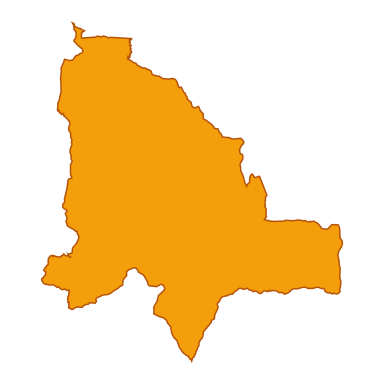 La Calera, Cundinamarca, Colombia (Natural Earth projection)
{"feature_id": "7082276B16624881870265", "entity_name": "La Calera", "entity_type": "district", "adm_level": 2, "iso_a3": "COL", "parent_name": "Colombia", "parent_adm1": "Cundinamarca", "projection": "natural_earth1", "projection_center": [-73.929, 4.707], "detail": "fine", "context": "isolated", "style": "filled", "palette": "amber", "viewbox_px": 384, "rotation_deg": 0, "n_neighbors": 0, "source": "geoboundaries", "source_scale": "gbopen_adm2", "svg_char_len": 5834}
<svg xmlns="http://www.w3.org/2000/svg" viewBox="0 0 384 384"><path d="M332.2,224.6L330.9,225.5L327.7,229.0L324.6,229.2L321.5,228.4L320.7,226.8L317.5,223.1L315.5,222.3L314.2,221.3L313.2,221.2L311.8,221.8L310.3,221.3L309.5,221.8L307.2,221.7L305.3,220.6L303.4,220.8L299.4,220.0L298.0,220.4L296.6,220.0L295.4,220.5L291.8,220.7L285.6,220.3L283.3,221.2L277.6,221.2L275.7,221.5L270.4,221.2L269.3,220.6L267.2,220.6L265.3,219.5L264.5,219.7L264.9,218.5L266.5,216.6L266.0,215.8L266.2,209.1L265.6,207.7L264.6,206.5L265.5,205.1L264.9,203.6L265.0,201.5L265.5,200.1L265.3,197.4L266.9,195.3L259.6,176.5L259.0,176.2L256.2,177.4L254.7,177.6L253.0,175.0L251.9,174.0L250.5,175.6L249.9,177.0L249.6,179.4L249.7,181.3L249.4,182.4L247.7,184.1L246.6,186.4L244.9,182.7L242.9,175.3L240.7,170.6L240.5,166.8L239.9,164.3L242.8,159.0L242.7,155.1L242.1,154.3L241.1,154.2L240.0,153.1L239.6,150.1L239.9,148.7L241.4,145.6L243.2,144.0L243.8,142.8L243.5,141.1L242.5,140.4L241.9,139.2L241.2,138.6L239.8,138.4L233.4,139.1L231.0,138.5L229.1,137.6L222.4,137.1L221.4,134.3L219.1,131.9L218.0,128.9L214.6,128.4L212.7,125.5L210.9,123.8L205.4,119.8L203.6,119.1L203.2,115.9L203.3,114.0L200.3,110.7L198.9,107.0L198.1,106.4L194.8,108.0L192.1,106.6L191.1,102.3L187.6,99.5L187.1,97.1L185.4,94.6L185.4,93.5L183.8,92.3L181.2,87.1L179.5,87.6L178.6,87.3L178.5,86.1L176.7,81.5L175.3,79.4L172.5,78.5L168.5,79.1L162.4,78.5L159.2,76.2L157.2,76.1L155.1,75.3L153.8,75.4L151.8,73.8L151.4,71.7L150.2,70.3L148.0,69.7L147.5,69.0L146.8,69.0L144.8,67.9L143.2,68.2L141.7,67.3L140.5,67.2L139.5,66.2L137.1,65.2L136.0,63.4L133.8,62.6L127.6,58.6L127.7,58.3L128.6,58.1L127.9,56.5L129.2,56.9L129.5,57.4L129.9,57.2L130.0,56.0L129.5,55.2L129.9,54.5L129.5,54.1L130.4,54.4L130.3,53.0L130.9,53.3L131.5,52.5L131.4,51.1L130.3,50.2L131.0,48.7L130.4,48.3L129.9,48.8L130.6,47.5L130.3,46.6L131.0,45.6L129.7,45.2L130.4,44.4L129.7,43.5L130.2,42.0L129.4,41.9L129.3,41.0L130.2,40.1L129.3,39.2L131.3,39.6L131.6,38.6L109.9,37.3L108.5,38.0L106.3,36.8L103.7,36.1L100.6,36.8L97.4,36.1L95.5,37.1L81.7,38.1L81.2,35.7L81.9,33.7L81.5,32.4L82.3,31.8L83.6,31.6L84.5,30.6L82.4,30.0L81.0,28.8L78.3,28.1L75.2,26.6L74.5,25.7L74.0,23.7L72.5,23.0L73.8,25.6L74.0,29.5L75.8,31.6L76.1,33.0L76.0,36.5L75.1,38.9L74.0,40.1L73.9,41.1L77.9,45.4L79.4,46.4L80.4,47.7L81.9,48.4L83.0,51.2L81.8,53.1L79.9,53.4L78.6,55.1L76.6,55.3L75.1,56.4L73.0,60.0L68.8,60.5L64.9,59.2L64.2,59.9L64.0,61.4L61.1,68.2L61.3,70.8L60.6,78.3L61.0,83.7L61.1,92.5L59.9,96.2L59.1,100.8L57.9,102.9L57.5,110.3L58.4,111.5L58.1,109.6L58.8,109.7L59.3,112.4L60.3,113.3L60.7,112.8L61.6,114.6L63.5,113.6L63.7,115.4L64.0,115.3L64.3,116.1L67.7,119.4L68.3,120.6L69.3,121.1L69.9,124.3L69.0,126.4L68.7,129.6L69.3,131.3L70.5,132.7L70.7,137.1L71.9,140.2L71.3,142.6L71.9,143.4L71.9,144.6L70.2,149.5L70.1,152.5L71.1,155.6L71.0,158.2L72.2,161.7L70.7,164.2L70.5,165.1L70.5,173.3L70.7,175.2L71.8,177.2L71.9,178.0L69.2,178.8L68.2,179.6L66.9,188.9L64.4,199.2L64.8,201.2L64.3,202.5L62.9,204.2L62.8,207.0L63.8,208.5L66.8,210.3L66.8,211.5L65.5,213.2L65.4,214.1L66.6,216.4L67.1,218.6L65.9,221.6L66.9,223.6L67.1,225.5L67.6,226.1L74.1,229.8L75.9,231.5L77.1,231.1L77.2,233.2L78.9,236.6L78.9,237.3L78.3,239.4L76.6,243.1L72.5,248.2L72.1,253.0L68.2,254.1L67.9,253.9L68.8,256.0L70.3,256.9L69.4,257.0L68.2,255.5L66.0,256.0L63.7,253.9L62.5,255.7L61.5,255.7L60.4,257.0L57.4,256.9L53.2,255.5L53.0,256.4L51.8,255.6L50.8,255.6L49.5,256.8L48.2,259.3L48.2,264.5L46.6,265.6L46.2,266.6L44.8,268.0L43.9,270.0L43.9,270.8L45.5,271.4L45.6,275.0L44.0,276.2L43.4,277.2L43.4,278.0L42.1,278.3L41.6,279.4L41.8,280.6L42.6,281.4L43.0,282.8L45.1,284.2L50.2,285.0L52.9,284.7L54.1,285.2L56.8,287.2L58.7,287.0L60.4,288.7L62.1,289.7L65.2,289.1L66.7,290.4L69.2,290.1L68.6,295.5L67.9,296.9L67.6,299.6L68.3,300.9L67.7,302.3L69.1,302.9L69.0,303.7L68.5,304.5L69.4,305.8L68.7,306.7L68.6,307.7L69.1,308.3L70.9,308.8L71.4,309.3L72.5,309.4L76.6,307.0L82.2,307.3L83.6,305.6L85.7,304.6L88.3,304.2L89.6,302.8L95.3,303.1L96.5,301.2L95.8,299.5L96.1,298.5L96.7,298.0L102.7,295.1L108.3,294.4L110.2,293.5L114.9,290.0L117.4,288.8L120.3,286.3L122.6,285.2L123.0,280.3L125.3,277.0L126.6,275.9L126.6,271.7L129.0,269.6L132.9,268.2L135.7,267.7L138.0,270.6L138.5,272.2L143.5,274.9L147.1,281.0L148.2,284.7L149.4,285.8L156.8,286.6L160.7,284.3L162.4,284.8L164.2,286.5L164.6,288.4L164.2,290.2L158.4,295.6L157.1,301.2L154.1,306.4L153.8,307.5L154.0,312.6L153.7,313.7L158.6,316.3L163.6,317.9L166.6,320.4L167.7,323.3L170.6,326.5L171.9,333.7L173.9,337.5L177.0,340.6L179.4,347.4L182.9,352.5L186.4,355.4L188.2,356.1L189.7,358.9L191.1,359.7L191.7,361.0L192.4,358.2L194.4,356.6L194.5,355.3L195.6,353.6L195.9,351.7L196.7,350.5L198.2,346.5L198.9,345.5L199.0,342.3L199.9,341.3L200.1,340.1L201.7,338.7L202.6,337.1L203.7,331.1L205.0,330.1L205.7,328.7L206.9,328.0L207.1,326.7L208.7,325.9L209.6,324.1L211.1,322.7L211.4,320.5L214.4,318.8L214.8,314.7L217.9,308.3L218.0,306.8L217.2,304.6L217.5,303.2L219.3,301.6L220.6,298.7L221.9,297.2L224.2,296.2L226.7,295.9L230.5,294.2L232.5,294.2L234.8,291.5L237.5,290.0L238.4,288.6L240.4,288.2L244.2,289.4L246.9,288.2L250.2,290.3L252.3,290.6L253.1,291.7L255.3,291.1L256.8,291.4L259.4,293.5L261.4,293.4L263.1,291.5L264.2,290.9L266.0,291.0L267.7,291.7L269.6,290.3L270.4,291.2L272.2,290.3L272.9,290.7L274.8,290.6L276.7,291.0L279.0,292.7L282.4,292.5L283.8,293.9L284.6,294.2L288.4,292.7L289.9,291.6L290.8,290.2L293.6,288.8L297.7,288.8L303.3,287.1L304.9,287.2L308.7,288.6L309.8,288.2L311.7,288.6L317.8,287.1L322.0,288.7L323.6,288.4L324.5,289.3L325.1,291.5L328.0,293.0L329.9,292.7L331.5,293.7L332.5,293.8L333.9,293.3L336.1,293.9L337.6,293.8L339.0,293.0L340.0,291.8L339.7,289.4L340.6,285.7L340.9,281.5L340.1,279.2L339.8,275.7L340.2,268.3L339.1,264.3L339.2,261.7L337.8,254.9L338.3,253.8L338.6,251.5L341.7,246.5L342.4,243.2L342.1,240.7L340.0,237.9L339.7,228.8L338.5,225.2L337.7,224.8L332.2,224.6Z" fill="#f59e0b" stroke="#b45309" stroke-width="1.5"/></svg>